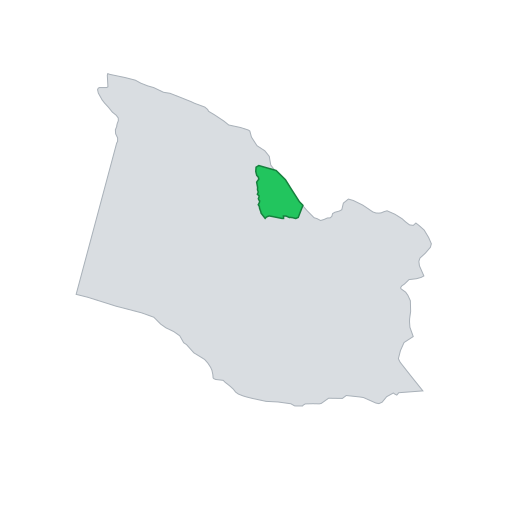 Hoima highlighted on a map of Uganda, rotated 105°
{"feature_id": "UGA-3105", "entity_name": "Hoima", "entity_type": "District", "adm_level": 1, "iso_a3": "UGA", "parent_name": "Uganda", "parent_adm1": "", "projection": "equal_earth", "projection_center": [31.113, 1.442], "detail": "fine", "context": "in_parent", "style": "filled", "palette": "green", "viewbox_px": 512, "rotation_deg": 105, "n_neighbors": 0, "source": "natural_earth", "source_scale": "10m", "svg_char_len": 2926}
<svg xmlns="http://www.w3.org/2000/svg" viewBox="0 0 512 512"><g transform="rotate(105 256 256)"><path d="M339.6,419.8L334.0,419.8L324.9,419.8L315.8,419.8L306.7,419.8L297.6,419.8L288.5,419.8L279.4,419.8L270.3,419.8L261.2,419.8L252.1,419.8L243.0,419.8L233.9,419.8L224.8,419.8L215.7,419.8L206.6,419.8L197.5,419.8L188.4,419.8L183.1,419.8L182.0,419.6L181.3,419.3L177.8,420.2L174.3,423.2L170.5,424.5L166.5,424.0L165.9,424.3L163.9,424.3L160.9,424.0L158.3,424.8L156.2,427.5L154.2,432.0L150.4,437.2L147.5,441.8L145.0,445.1L139.4,450.5L136.3,452.1L134.7,451.8L133.8,450.8L132.0,443.9L130.9,442.8L119.9,446.4L118.2,446.4L118.4,444.3L117.5,428.1L117.4,418.1L118.9,411.9L119.7,404.7L119.8,398.4L121.8,387.7L121.1,381.2L123.7,358.6L124.4,354.9L125.4,344.0L127.0,340.6L128.5,339.3L130.4,332.6L134.0,321.9L136.5,316.3L135.9,304.3L136.3,296.1L136.9,294.3L142.3,291.2L149.2,283.6L152.1,274.7L156.3,269.0L164.3,265.3L188.1,234.7L199.1,218.2L204.0,209.8L204.1,206.8L205.0,202.8L203.1,199.7L200.8,196.9L200.0,194.3L198.1,193.0L195.2,193.0L193.3,191.1L191.2,187.4L189.1,185.1L182.3,185.3L177.1,181.5L177.2,176.3L179.2,166.1L183.2,154.5L183.4,151.3L182.8,148.5L181.9,146.2L180.1,143.9L178.4,141.1L179.7,132.7L182.2,124.5L184.3,120.4L186.2,115.8L185.7,112.0L182.8,110.1L184.3,106.5L187.4,100.3L193.5,94.0L198.8,89.8L202.4,89.8L209.3,93.1L215.6,97.1L219.0,97.3L223.2,95.6L231.8,88.7L233.9,90.9L236.4,95.1L239.2,102.1L244.6,105.3L247.2,107.5L249.1,108.1L250.1,107.6L252.2,102.1L254.7,99.1L259.3,95.3L269.5,92.3L276.8,91.4L279.8,90.7L285.0,88.9L293.1,83.3L301.2,90.6L309.9,92.0L318.3,91.9L320.9,89.7L322.3,88.0L331.2,76.1L343.1,59.9L351.1,82.7L353.9,84.0L353.5,86.0L352.8,87.9L358.1,93.4L364.5,96.3L366.8,99.1L367.0,102.2L364.9,115.5L365.3,119.3L367.4,132.7L371.2,135.7L374.6,149.1L381.5,154.8L382.4,156.5L384.0,163.0L386.1,170.1L387.8,171.8L388.8,172.2L390.8,179.8L389.7,184.1L391.3,197.0L393.8,208.6L394.5,222.4L394.6,228.5L394.5,232.2L393.9,237.4L392.7,240.5L390.5,243.4L388.1,248.1L386.0,253.1L384.6,255.5L385.7,263.0L385.4,264.9L384.8,265.9L381.7,267.0L377.8,269.0L375.3,271.0L371.9,274.8L369.2,278.9L365.6,291.0L359.5,300.3L358.5,303.4L352.8,309.0L350.3,315.9L348.7,324.4L346.5,330.4L341.6,338.8L340.5,351.9L340.7,378.2L339.4,408.1L339.6,419.8Z" fill="#d9dde1" stroke="#a8b0b8" stroke-width="1"/><path d="M168.2,258.7L170.4,254.8L174.7,247.3L181.7,239.8L188.7,232.1L192.3,228.2L194.9,223.8L207.8,225.2L209.5,227.3L209.5,230.9L209.7,231.8L209.8,232.8L210.2,233.6L209.6,237.3L210.3,239.9L211.5,239.4L212.6,239.1L213.0,240.6L213.6,250.1L213.9,253.7L214.8,255.0L215.9,256.2L217.3,256.9L213.4,262.1L211.9,262.9L209.0,264.9L207.3,265.6L205.9,267.1L203.7,266.6L201.8,266.7L201.0,267.9L199.9,268.6L198.5,268.4L197.2,268.5L196.0,270.7L194.7,270.5L193.7,270.3L191.7,271.7L189.3,272.2L184.5,274.5L181.0,273.2L179.2,274.2L177.9,276.2L174.4,278.1L170.2,278.9L167.9,276.7L168.0,270.7L168.2,258.7Z" fill="#22c55e" stroke="#15803d" stroke-width="1.5"/></g></svg>